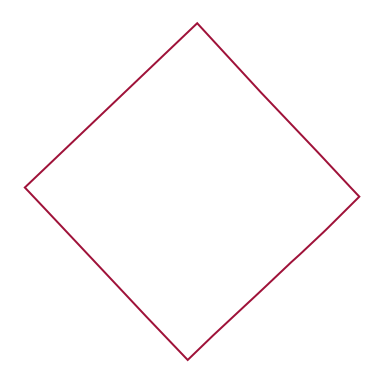 outline of Hamilton, Indiana, United States of America, rotated 317°
{"feature_id": "52423323B17191131032036", "entity_name": "Hamilton", "entity_type": "district", "adm_level": 2, "iso_a3": "USA", "parent_name": "United States of America", "parent_adm1": "Indiana", "projection": "albers", "projection_center": [-86.076, 40.073], "detail": "fine", "context": "isolated", "style": "outline", "palette": "rose", "viewbox_px": 384, "rotation_deg": 317, "n_neighbors": 0, "source": "geoboundaries", "source_scale": "gbopen_adm2", "svg_char_len": 394}
<svg xmlns="http://www.w3.org/2000/svg" viewBox="0 0 384 384"><g transform="rotate(317 192 192)"><path d="M72.8,74.7L73.0,103.4L73.3,169.6L73.4,193.4L73.6,252.4L74.3,311.9L97.4,311.5L109.3,311.3L121.2,311.3L177.0,311.3L216.9,311.0L227.9,311.2L264.0,311.0L311.2,309.5L311.1,297.5L311.1,249.4L310.3,166.3L310.9,72.1L264.9,72.6L72.8,74.7Z" fill="none" stroke="#9f1239" stroke-width="2"/></g></svg>